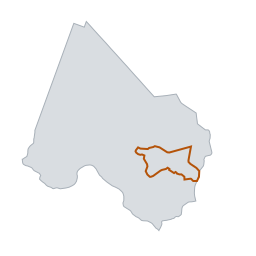 Ash Shati' highlighted on a map of Libya, rotated 200°
{"feature_id": "LBY-2967", "entity_name": "Ash Shati'", "entity_type": "Municipality", "adm_level": 1, "iso_a3": "LBY", "parent_name": "Libya", "parent_adm1": "", "projection": "mercator", "projection_center": [12.752, 27.893], "detail": "coarse", "context": "in_parent", "style": "outline", "palette": "amber", "viewbox_px": 256, "rotation_deg": 200, "n_neighbors": 0, "source": "natural_earth", "source_scale": "10m", "svg_char_len": 3545}
<svg xmlns="http://www.w3.org/2000/svg" viewBox="0 0 256 256"><g transform="rotate(200 128 128)"><path d="M41.7,81.1L43.0,80.4L44.9,79.6L45.9,79.0L46.3,78.5L47.7,76.5L48.5,75.4L49.5,73.9L49.9,72.8L49.9,71.8L49.8,70.6L49.0,67.8L48.4,65.0L48.9,63.9L49.3,63.4L50.1,62.1L50.5,61.8L52.4,61.4L53.2,60.5L53.7,59.4L53.9,58.9L54.7,58.3L55.7,57.7L56.3,56.9L58.3,55.7L60.1,54.5L62.3,53.4L63.9,52.5L64.3,51.7L64.2,51.0L63.3,49.4L63.3,47.6L63.4,46.0L63.5,45.1L63.9,42.6L63.9,42.2L65.6,43.1L67.4,43.4L72.6,46.5L74.2,46.9L77.9,47.3L82.2,46.0L83.8,45.8L86.7,47.0L87.9,47.3L90.0,47.4L93.6,48.5L94.5,48.9L96.6,50.6L97.6,51.2L105.0,52.8L106.0,53.8L107.1,55.8L107.1,58.3L107.7,60.1L108.6,62.5L109.7,64.1L110.9,65.5L112.4,66.3L115.6,67.6L119.3,68.1L123.0,68.3L129.3,70.0L134.7,72.0L136.0,73.0L138.7,74.0L144.1,78.7L147.1,80.3L149.2,80.6L151.1,80.3L154.4,78.7L155.8,77.7L159.1,73.7L160.2,71.5L160.7,70.0L160.6,68.5L160.2,67.1L159.2,65.7L158.6,63.8L158.2,60.3L158.7,57.9L159.3,56.5L160.4,55.0L163.1,52.2L166.0,50.3L170.9,47.7L173.8,47.6L174.9,47.3L177.3,45.5L178.3,45.4L179.6,45.9L183.5,45.8L185.2,46.3L187.2,47.4L189.8,48.1L191.7,48.8L193.6,49.7L194.0,52.0L193.8,52.7L193.8,53.6L195.8,55.1L201.5,55.8L202.6,56.3L204.2,57.4L205.2,57.8L209.1,58.0L211.4,57.7L213.6,58.1L214.4,58.5L215.2,59.5L216.3,61.7L216.7,62.5L216.2,62.8L215.6,63.6L215.2,64.3L214.2,65.5L213.3,66.7L213.4,68.5L213.6,70.3L214.2,72.0L214.7,74.0L214.5,75.3L214.1,76.8L213.6,78.1L211.9,80.8L211.6,81.5L211.7,82.4L212.8,85.5L212.8,86.5L213.5,89.6L214.0,92.1L214.7,94.0L214.7,94.6L214.7,97.5L214.7,100.3L214.7,103.2L214.7,106.1L214.7,108.9L214.7,111.7L214.7,114.6L214.7,117.4L214.7,120.2L214.7,123.1L214.7,125.9L214.7,128.7L214.7,131.5L214.7,134.3L214.7,137.1L214.7,139.9L214.7,142.7L214.7,145.5L214.7,148.2L214.7,151.0L214.7,153.8L214.7,156.5L214.7,159.3L214.7,162.0L214.7,164.8L214.7,167.5L214.7,170.2L214.7,173.0L214.7,175.7L214.7,178.4L214.7,181.1L214.7,183.9L214.7,189.9L214.7,195.8L214.7,201.8L214.7,207.8L211.8,207.8L209.1,207.8L206.3,207.8L203.6,207.8L203.6,209.3L203.6,210.8L203.6,212.3L203.6,213.8L198.2,211.0L192.8,208.1L187.5,205.3L182.1,202.5L176.7,199.7L171.4,196.8L166.0,194.0L160.7,191.2L155.3,188.3L149.9,185.5L144.6,182.6L139.2,179.7L133.8,176.9L128.5,174.0L123.1,171.1L117.8,168.3L114.0,166.3L110.1,168.2L106.9,169.7L102.8,171.7L98.1,174.3L94.4,176.3L94.1,176.3L90.3,172.9L87.3,170.2L86.0,169.5L80.5,168.1L74.9,166.8L69.1,165.4L68.0,163.2L66.8,160.8L65.2,157.8L64.3,155.9L63.9,155.6L59.5,154.2L54.7,152.7L52.0,153.6L51.5,153.5L50.7,153.0L49.9,152.2L49.5,151.2L48.4,149.8L47.4,146.5L47.3,144.0L47.1,143.1L44.6,139.4L42.4,136.1L40.9,133.9L40.6,132.9L40.8,131.7L41.4,130.6L43.5,129.3L45.5,127.9L45.8,126.9L45.9,124.2L45.2,123.3L44.8,121.7L44.3,119.5L44.2,118.1L45.1,115.3L46.1,112.4L45.5,109.1L45.0,102.5L45.3,97.3L45.1,95.4L44.9,94.6L44.2,92.2L43.4,89.6L43.0,88.7L42.0,86.7L40.3,84.1L39.3,82.6L40.6,81.7L41.7,81.1Z" fill="#d9dde1" stroke="#a8b0b8" stroke-width="1"/><path d="M46.3,111.9L44.6,106.3L45.1,101.8L48.6,100.5L51.3,101.8L52.0,101.7L57.3,98.9L58.4,101.5L61.9,102.7L63.8,102.0L66.4,101.9L67.1,102.6L68.3,102.9L69.3,101.4L75.0,102.7L75.1,103.7L77.2,104.2L78.3,102.5L81.8,100.2L83.0,98.9L88.0,91.5L89.9,89.9L90.8,89.6L93.9,90.9L96.6,93.5L96.6,98.5L97.7,100.5L102.6,104.5L103.2,107.8L105.8,107.9L107.3,107.0L109.6,106.9L111.9,107.7L112.9,108.6L113.0,109.7L111.9,113.2L109.3,112.9L102.2,115.0L101.3,116.5L97.7,118.8L96.6,120.1L91.7,120.6L82.8,118.6L80.8,119.1L62.5,132.1L60.1,118.2L59.5,116.8L57.1,115.6L50.1,113.9L46.3,111.9Z" fill="none" stroke="#b45309" stroke-width="2"/></g></svg>